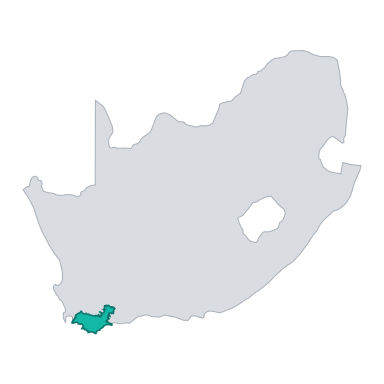 Overberg, Western Cape, South Africa (highlighted)
{"feature_id": "47623444B61406186088349", "entity_name": "Overberg", "entity_type": "district", "adm_level": 2, "iso_a3": "ZAF", "parent_name": "South Africa", "parent_adm1": "Western Cape", "projection": "orthographic", "projection_center": [19.752, -34.228], "detail": "fine", "context": "in_parent", "style": "filled", "palette": "teal", "viewbox_px": 384, "rotation_deg": 0, "n_neighbors": 0, "source": "geoboundaries", "source_scale": "gbopen_adm2", "svg_char_len": 8296}
<svg xmlns="http://www.w3.org/2000/svg" viewBox="0 0 384 384"><path d="M291.8,51.0L303.2,50.5L308.2,51.9L314.1,54.9L319.8,56.4L329.5,56.6L332.8,57.3L335.3,58.5L337.2,60.0L339.2,69.9L340.7,80.5L340.4,83.8L340.6,85.2L342.9,89.9L343.7,92.7L345.1,95.1L347.6,106.6L347.8,108.6L345.3,135.3L343.7,138.4L343.9,142.7L342.3,143.1L333.4,136.6L331.8,136.6L329.0,138.3L326.2,141.2L324.9,143.7L319.5,150.4L318.8,155.0L318.9,159.0L320.4,159.3L321.3,162.3L323.4,167.1L327.4,170.5L331.3,172.2L336.8,173.2L341.1,173.7L341.2,170.6L343.0,162.5L350.1,164.5L361.0,165.6L359.7,170.8L354.5,182.4L350.6,195.7L346.7,202.1L344.6,204.7L339.0,209.1L336.1,210.5L333.8,210.8L323.9,219.9L320.2,224.4L316.5,231.3L313.3,234.9L308.2,242.8L299.7,254.4L292.7,261.9L289.7,264.0L287.8,264.9L282.4,269.1L274.8,276.1L268.9,282.3L260.4,289.3L255.6,292.3L248.2,298.3L246.3,299.1L238.1,304.7L232.3,308.0L223.1,311.7L219.5,312.7L211.1,311.0L207.5,311.4L204.4,313.8L203.9,317.6L202.7,318.1L195.0,315.9L191.8,316.0L189.8,317.9L188.2,320.4L183.7,320.3L175.9,317.3L166.6,315.4L164.5,315.1L159.9,316.9L158.3,317.1L151.7,316.5L148.1,315.1L144.6,315.0L141.9,316.0L138.6,316.2L129.7,323.1L125.1,323.0L121.2,323.8L114.3,322.7L112.3,323.2L110.2,324.4L105.5,324.9L103.6,325.9L95.7,332.3L92.4,331.7L88.3,331.6L83.6,328.2L81.8,328.4L82.3,327.3L82.5,325.5L80.8,323.7L79.0,323.8L78.0,322.2L75.2,322.1L72.8,322.6L72.4,316.6L71.3,316.1L68.4,316.0L67.0,316.2L66.4,316.7L65.7,318.1L65.7,322.3L64.7,321.1L63.6,318.6L63.2,316.0L63.5,312.8L65.7,311.6L65.0,307.6L61.6,300.8L59.5,299.4L57.9,295.9L56.2,294.6L55.5,292.2L53.9,290.2L53.4,287.1L54.2,285.3L55.5,284.3L57.0,285.8L58.7,285.2L61.1,282.9L62.5,279.4L62.5,274.0L62.1,270.5L60.0,261.7L59.1,259.7L54.5,253.5L49.2,245.1L42.3,231.9L38.9,224.0L33.7,207.9L29.2,198.9L23.7,190.6L23.0,190.0L23.8,189.0L26.6,186.9L27.9,186.4L28.6,186.6L29.2,186.0L29.8,184.7L30.2,181.6L31.5,178.4L32.7,177.1L35.2,176.1L37.1,177.2L37.9,178.4L38.3,179.9L39.1,180.6L40.5,180.5L41.5,181.5L42.1,183.4L42.0,184.8L41.2,185.7L41.4,186.8L42.4,188.2L43.5,191.3L48.7,192.9L51.6,193.0L54.3,193.8L56.9,195.1L61.2,195.4L67.1,194.6L71.9,194.9L75.7,196.2L78.5,196.4L80.2,195.6L81.0,194.3L80.7,192.7L81.6,191.6L83.5,191.2L85.0,190.0L86.2,188.0L88.9,186.3L93.1,185.1L95.2,185.1L95.4,100.3L103.0,106.2L104.8,108.9L108.5,116.8L112.3,126.6L112.9,131.4L112.7,132.4L108.8,138.8L108.6,141.9L109.0,145.7L109.9,147.5L111.1,148.1L113.8,147.2L117.9,148.3L125.9,148.0L129.9,148.5L130.9,148.2L131.8,147.5L132.9,145.3L133.8,144.5L137.5,143.6L139.2,142.4L141.9,138.0L150.0,132.3L150.9,131.0L156.2,117.0L157.8,115.0L160.1,113.8L164.5,112.8L167.0,113.5L169.8,114.8L172.9,117.0L177.4,121.0L179.0,121.7L183.7,122.0L186.4,124.7L195.1,126.8L197.6,126.9L200.4,125.6L204.9,125.9L209.7,125.2L212.8,122.9L219.1,107.8L219.8,104.5L220.5,103.6L225.2,102.1L230.9,101.2L232.0,100.5L235.8,96.5L240.5,93.2L244.3,81.2L246.6,78.5L247.9,77.3L248.8,77.4L250.0,76.7L251.6,75.3L253.5,74.5L255.6,74.3L257.0,73.4L257.7,71.8L258.8,71.1L260.4,71.3L261.3,70.8L261.6,69.8L265.2,67.4L265.3,66.4L267.4,63.9L271.5,60.2L275.3,58.2L278.8,58.0L285.2,56.5L287.6,54.7L289.2,52.2L291.8,51.0ZM268.7,231.8L274.1,230.2L278.3,227.8L279.6,222.8L282.9,220.0L284.2,217.2L285.4,213.3L283.9,209.0L281.5,207.5L277.3,203.5L275.5,200.9L273.0,198.6L271.2,196.0L268.1,196.5L263.1,198.1L260.0,199.7L257.3,201.6L252.7,202.8L248.0,209.3L246.5,210.7L242.9,215.5L238.0,217.6L237.8,218.5L239.1,222.7L241.0,226.9L243.1,230.4L242.9,232.4L243.6,234.1L245.5,235.4L248.7,239.8L250.3,241.2L255.5,242.6L256.3,242.4L257.9,240.1L258.3,238.4L262.2,233.3L263.8,231.8L268.7,231.8Z" fill="#d9dde1" stroke="#a8b0b8" stroke-width="1"/><path d="M75.8,314.9L76.1,315.9L75.4,316.5L75.0,317.3L75.4,317.4L75.3,317.7L75.7,317.7L75.3,318.2L75.2,318.1L75.2,318.4L74.9,318.5L74.7,318.7L74.7,318.9L74.5,319.0L74.4,319.0L74.1,319.2L74.1,319.4L74.0,319.6L73.7,319.5L73.8,319.9L73.5,320.1L73.5,320.3L72.8,320.5L72.6,320.9L72.7,321.1L72.4,321.3L72.5,321.4L72.5,321.5L72.6,321.8L72.7,322.0L72.8,322.0L72.4,322.2L72.6,322.4L72.5,322.6L72.6,322.8L72.8,322.9L72.8,323.0L72.7,323.0L72.8,323.1L72.7,323.2L72.9,323.2L73.1,322.9L73.2,323.1L73.3,323.1L73.4,322.8L73.7,322.7L74.0,322.9L74.1,322.7L74.3,322.5L74.4,322.4L74.6,322.5L74.8,322.4L75.4,322.6L75.6,322.5L75.8,322.2L76.1,322.1L76.4,322.2L76.7,322.1L76.8,322.2L77.4,322.3L78.1,322.7L78.5,323.3L78.3,323.5L78.5,323.7L78.4,323.8L78.7,323.8L78.8,323.9L79.4,323.8L79.6,323.9L79.8,324.1L80.0,324.0L80.3,324.3L80.4,324.2L80.5,324.1L80.6,323.9L80.8,323.9L80.9,323.7L81.4,323.6L82.1,324.1L82.6,324.8L83.1,325.7L83.4,326.7L83.1,327.0L82.9,327.1L82.7,327.5L82.8,327.6L82.7,327.7L82.4,328.2L82.1,328.3L81.9,328.4L81.9,328.6L81.7,328.7L81.8,328.7L81.8,328.8L82.0,328.8L82.2,328.6L82.3,328.6L82.5,328.6L82.8,328.6L83.0,328.4L83.4,328.4L83.5,328.4L83.8,328.2L84.0,328.2L84.2,328.3L84.5,328.7L84.8,329.3L85.2,329.4L85.3,329.5L85.2,329.5L85.3,329.5L85.5,329.5L86.1,329.7L86.3,329.9L86.3,330.1L86.5,330.1L86.6,330.3L86.7,330.6L86.9,330.7L87.0,330.8L87.1,331.0L87.4,331.0L87.4,330.9L87.5,330.9L87.5,331.1L87.6,331.4L87.6,331.5L87.8,331.7L88.1,331.6L88.4,332.0L88.4,332.3L88.5,332.2L88.5,332.3L88.9,332.3L89.1,332.3L89.0,332.1L89.2,331.9L89.5,331.8L90.4,332.0L90.8,331.8L91.4,331.9L91.9,331.8L92.0,331.9L92.4,331.9L92.6,331.9L92.8,331.9L93.1,332.0L93.2,332.3L93.4,332.3L93.8,332.6L94.2,333.0L94.4,333.0L94.5,333.2L94.6,333.3L94.8,333.2L95.0,333.4L95.4,333.5L95.6,333.4L95.6,333.2L95.8,333.3L95.9,333.0L96.3,333.0L96.5,332.8L96.5,332.7L96.3,332.6L96.2,332.5L96.2,332.1L96.4,331.7L96.8,331.2L97.6,330.7L98.5,330.3L99.4,330.1L99.8,330.2L99.8,329.9L99.7,329.9L99.8,329.7L99.7,329.6L100.0,329.1L100.4,328.8L101.6,328.3L102.0,327.8L102.9,327.4L103.2,327.0L103.4,326.5L103.7,326.1L104.7,325.4L105.5,325.0L106.4,324.8L107.7,324.6L108.3,324.6L108.7,324.6L109.2,324.7L109.3,324.6L110.3,324.9L111.0,325.1L111.4,325.1L111.6,325.2L112.0,325.0L111.9,324.8L112.0,324.7L112.0,324.2L111.7,324.0L111.6,323.7L111.0,323.5L110.6,323.6L110.0,323.3L109.4,323.2L108.9,322.6L108.6,322.5L108.5,322.2L108.2,322.3L107.9,322.2L107.7,322.4L107.4,322.1L106.8,322.3L106.8,322.2L106.9,321.9L106.9,321.7L107.3,321.5L107.2,321.2L106.7,321.2L106.2,321.2L106.3,320.7L106.8,320.5L107.6,319.8L107.6,319.6L107.9,319.3L108.6,318.8L108.8,319.1L109.2,318.7L108.7,318.4L108.1,318.5L107.9,318.1L107.7,318.2L107.8,317.6L108.0,317.5L107.7,317.3L107.8,316.9L107.8,316.7L107.6,316.4L107.7,316.1L108.1,316.2L108.6,316.2L108.7,316.5L108.9,316.2L109.9,316.4L109.6,315.8L109.7,315.7L109.4,315.5L109.3,315.0L108.8,315.1L108.7,314.3L109.0,314.4L109.0,314.5L109.4,314.6L109.4,314.3L109.5,314.1L109.4,313.9L109.2,313.8L108.9,313.9L109.0,313.7L108.7,313.6L108.9,313.4L108.9,313.2L109.0,313.2L110.9,312.9L111.1,312.8L111.3,313.4L111.6,313.5L111.6,313.3L111.8,313.3L112.1,313.1L112.3,313.3L113.1,313.1L113.4,313.3L113.4,313.0L113.5,312.4L113.7,311.9L113.2,311.6L113.4,311.4L113.8,309.7L114.0,309.6L114.9,308.5L114.3,308.1L114.0,308.2L113.4,307.8L113.5,307.2L112.4,307.0L112.5,307.6L110.8,307.5L111.0,307.1L111.0,306.9L110.4,307.0L109.3,305.8L108.3,305.3L107.9,305.7L106.7,306.4L106.6,305.3L105.1,305.6L105.7,306.2L105.1,306.7L104.4,306.7L104.5,307.8L104.0,308.8L105.3,309.5L104.6,310.0L104.4,309.9L104.4,309.7L104.0,309.6L103.9,309.7L103.6,309.7L103.9,309.9L103.7,310.0L103.9,310.3L103.9,310.8L104.4,311.3L104.4,311.5L104.2,311.9L103.7,313.1L101.6,312.9L99.9,311.7L99.6,312.0L100.3,312.7L100.8,313.1L100.7,313.0L101.1,313.2L101.7,313.4L101.5,313.9L101.6,314.1L101.4,314.1L101.2,314.2L101.2,314.4L101.2,314.8L100.9,315.0L100.7,315.0L100.8,315.0L100.8,315.3L101.0,315.2L101.1,315.5L100.8,315.6L100.8,315.9L101.2,315.9L100.9,316.2L100.5,316.2L100.6,316.5L100.1,316.5L100.1,316.8L99.6,316.7L99.7,316.3L99.2,316.1L99.1,316.4L98.9,316.4L98.0,316.0L98.2,315.8L99.2,315.9L99.3,315.6L99.2,315.3L99.0,315.1L98.7,314.8L98.6,315.0L98.2,315.1L98.1,315.4L96.9,315.6L96.0,315.4L95.5,315.5L95.5,316.2L95.1,316.0L95.1,315.9L93.5,315.8L93.1,315.6L91.7,315.3L90.6,315.3L90.2,315.0L89.8,315.2L89.5,315.1L89.2,314.3L88.4,314.1L87.4,314.3L86.9,314.1L86.3,313.3L85.8,313.4L84.8,314.0L84.3,313.9L83.0,313.4L82.7,313.0L82.3,312.9L82.2,312.8L82.1,312.5L82.0,312.1L81.7,311.5L81.4,311.3L81.0,311.3L81.1,311.7L80.7,311.7L80.0,312.9L79.7,312.8L79.2,313.4L78.8,313.1L78.4,313.2L76.8,314.3L76.5,314.6L75.8,314.9ZM84.2,329.8L84.0,330.0L84.2,329.9L84.2,329.8Z" fill="#14b8a6" stroke="#0f766e" stroke-width="1.5"/></svg>